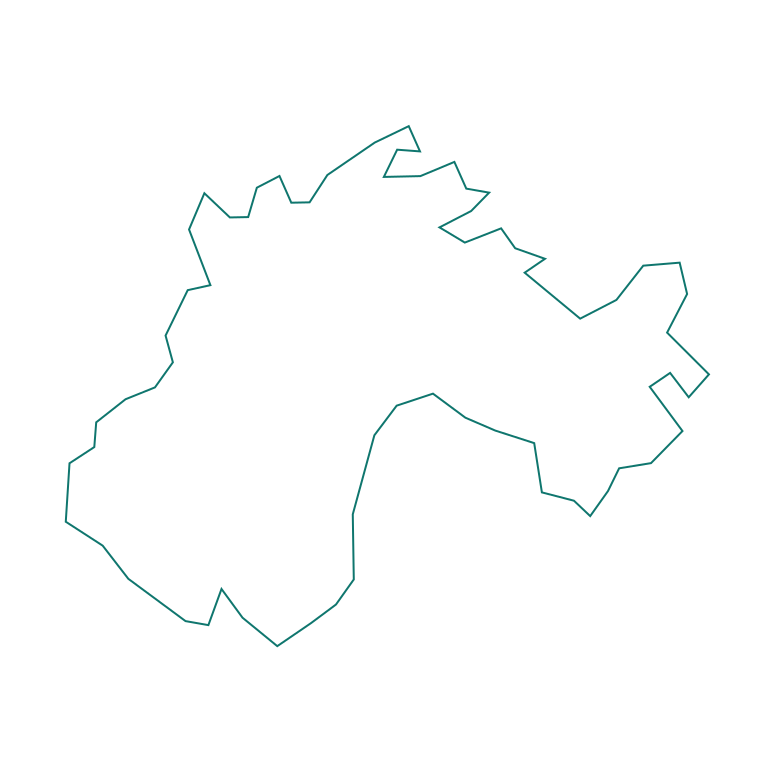 Altinsay, Surkhandarya, Uzbekistan, rotated 267°
{"feature_id": "79887680B9573461396891", "entity_name": "Altinsay", "entity_type": "district", "adm_level": 2, "iso_a3": "UZB", "parent_name": "Uzbekistan", "parent_adm1": "Surkhandarya", "projection": "albers", "projection_center": [67.734, 38.171], "detail": "fine", "context": "isolated", "style": "outline", "palette": "teal", "viewbox_px": 768, "rotation_deg": 267, "n_neighbors": 0, "source": "geoboundaries", "source_scale": "gbopen_adm2", "svg_char_len": 1001}
<svg xmlns="http://www.w3.org/2000/svg" viewBox="0 0 768 768"><g transform="rotate(267 384 384)"><path d="M640.2,422.2L625.6,387.4L595.7,338.4L569.3,319.2L569.9,300.9L597.2,290.5L586.7,267.3L557.8,257.1L558.4,238.8L583.9,214.6L548.5,197.4L491.8,215.8L488.0,192.9L443.8,168.4L416.7,174.3L392.6,155.1L382.3,125.1L360.8,94.6L336.2,91.4L321.3,65.8L263.1,59.0L237.3,94.6L202.8,118.5L157.6,173.4L152.4,196.0L187.8,211.0L158.0,230.5L127.8,263.7L149.1,298.7L166.3,324.5L190.4,343.6L255.5,346.0L333.3,371.7L361.7,395.5L371.8,432.4L346.1,463.5L331.7,492.6L317.1,530.9L267.5,536.0L257.5,567.6L241.3,583.0L265.4,602.1L287.5,614.4L291.0,646.5L321.4,679.6L367.3,649.2L380.1,670.3L354.8,687.6L376.6,709.0L420.5,669.4L458.0,691.4L489.7,685.6L488.6,649.1L455.8,620.5L439.0,583.3L487.8,530.3L500.6,551.3L512.7,522.1L533.3,509.1L521.0,472.1L537.5,447.6L552.2,480.1L569.6,499.0L574.8,476.4L602.1,465.9L589.7,431.2L590.8,394.7L617.3,409.4L614.4,432.1L640.2,422.2Z" fill="none" stroke="#0f766e" stroke-width="2"/></g></svg>